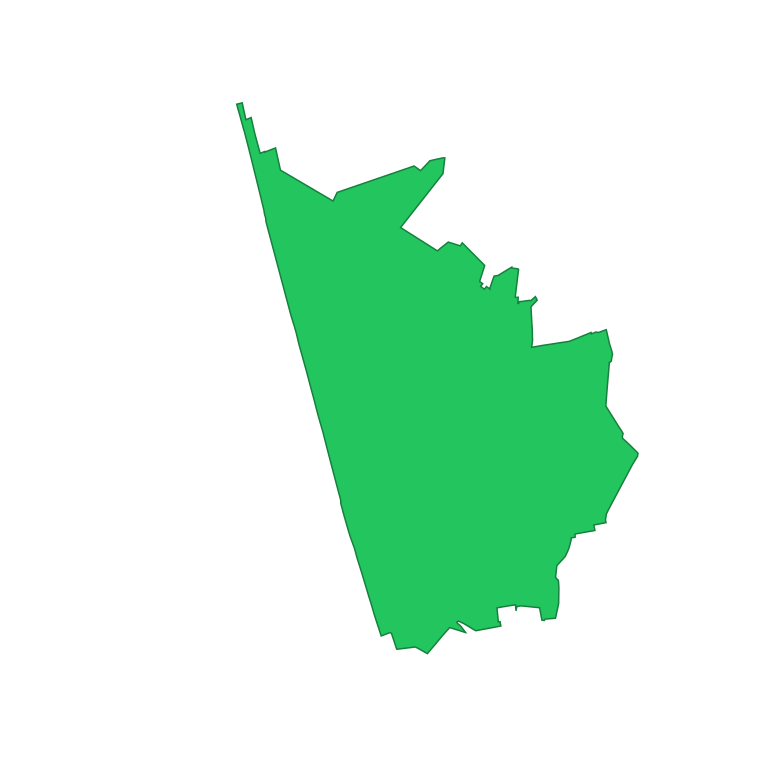 Mazatán, Chiapas, Mexico (Albers equal-area conic projection), rotated 28°
{"feature_id": "50627088B67111551527480", "entity_name": "Mazatán", "entity_type": "district", "adm_level": 2, "iso_a3": "MEX", "parent_name": "Mexico", "parent_adm1": "Chiapas", "projection": "albers", "projection_center": [-92.476, 14.878], "detail": "fine", "context": "isolated", "style": "filled", "palette": "green", "viewbox_px": 768, "rotation_deg": 28, "n_neighbors": 0, "source": "geoboundaries", "source_scale": "gbopen_adm2", "svg_char_len": 4862}
<svg xmlns="http://www.w3.org/2000/svg" viewBox="0 0 768 768"><g transform="rotate(28 384 384)"><path d="M564.7,243.1L564.2,242.6L556.0,233.1L554.7,231.7L549.2,237.8L547.2,238.5L546.7,238.6L543.6,242.4L542.6,241.3L541.5,242.7L540.4,244.0L539.8,244.8L539.1,245.6L538.3,246.6L536.8,248.3L536.4,248.9L536.0,249.3L533.5,252.4L531.5,254.7L529.9,256.6L528.8,257.9L528.7,258.0L528.5,258.3L528.2,258.6L527.9,259.0L527.5,259.4L526.8,259.9L524.0,262.0L518.2,266.3L513.4,269.9L511.5,271.3L510.6,272.0L509.7,272.6L509.2,273.0L508.8,273.3L507.9,274.0L507.4,274.3L506.5,275.0L505.7,275.6L504.3,276.7L497.1,282.3L496.9,282.3L496.9,281.8L496.1,279.4L494.8,276.0L494.4,275.2L492.4,271.8L491.4,269.9L489.0,265.7L485.8,260.6L482.7,255.4L477.5,246.8L478.9,241.7L479.9,238.2L479.6,237.9L479.0,238.0L478.6,236.9L477.3,236.3L476.7,235.8L474.3,241.8L472.9,242.0L466.7,246.6L465.9,247.0L465.0,247.6L464.1,248.1L465.1,249.6L464.3,250.0L461.8,244.4L459.2,245.9L459.3,246.3L451.0,224.8L450.1,222.4L449.0,219.6L448.2,219.5L442.2,221.6L441.9,220.9L437.1,228.9L434.4,233.5L434.6,233.9L430.6,237.0L430.9,239.7L432.5,250.1L432.8,250.4L432.7,250.4L429.0,249.9L428.7,249.8L428.2,253.1L426.5,252.9L423.5,252.4L424.1,249.1L421.3,248.7L420.3,248.6L417.3,232.1L386.8,222.6L386.5,226.2L374.1,228.5L373.3,230.3L371.6,234.3L370.9,235.9L370.0,237.9L369.2,240.1L368.6,241.4L368.2,241.4L367.4,241.3L366.6,241.2L365.7,241.2L364.9,241.1L364.0,241.0L363.2,241.0L362.3,240.9L361.5,240.9L360.6,240.8L359.8,240.7L358.9,240.6L358.1,240.6L357.2,240.5L356.4,240.4L355.7,240.4L354.7,240.3L353.8,240.3L353.0,240.2L352.1,240.1L351.3,240.0L350.4,240.0L349.6,239.9L348.7,239.9L347.9,239.8L347.0,239.7L346.2,239.7L345.3,239.6L344.5,239.6L343.6,239.5L342.8,239.4L341.9,239.3L341.1,239.3L340.2,239.2L339.4,239.1L338.5,239.1L337.6,239.0L336.8,239.0L327.3,238.2L325.2,238.1L337.3,170.6L331.6,155.8L329.9,156.6L319.7,165.3L318.1,171.3L316.1,178.5L308.2,177.4L252.7,236.8L253.1,246.4L248.9,246.2L192.2,243.8L177.4,226.5L169.9,235.2L169.6,234.7L166.3,238.4L152.6,223.8L141.6,211.1L138.0,215.5L126.8,202.3L124.2,204.7L123.4,205.4L122.6,206.1L124.8,208.5L130.2,214.1L135.0,219.2L140.5,225.0L142.3,226.8L154.4,240.0L162.4,248.9L185.0,274.1L196.6,287.2L198.9,290.3L201.4,292.8L203.7,296.2L269.9,367.4L277.4,374.8L282.6,380.2L290.2,388.8L311.2,410.9L320.7,421.2L329.6,430.7L340.6,442.7L352.3,454.8L355.7,458.5L359.7,462.9L364.9,468.6L370.6,474.8L375.0,479.6L387.3,492.9L400.3,506.9L401.9,509.7L406.7,514.9L407.9,516.3L409.2,517.6L409.8,518.2L410.2,518.6L410.6,519.0L410.7,519.3L411.1,519.6L411.5,520.0L411.9,520.4L412.3,520.8L412.8,521.3L413.1,521.6L413.7,522.3L414.6,523.2L417.1,525.8L420.5,529.3L422.1,530.9L422.2,531.1L422.9,531.7L425.9,534.7L435.3,543.2L442.6,551.0L444.5,552.8L453.1,561.3L462.7,571.0L469.8,578.2L476.2,584.5L482.9,591.4L488.4,596.8L494.8,602.9L499.8,607.8L504.6,602.3L505.9,600.7L507.7,600.7L519.4,611.9L519.8,612.2L520.0,612.1L535.3,601.4L548.9,601.7L550.0,596.6L550.0,596.4L550.3,595.2L550.5,594.2L551.8,588.5L551.8,588.2L551.9,587.9L551.9,587.7L552.0,587.3L552.1,586.6L552.2,586.3L554.1,577.3L556.4,568.2L556.5,568.2L559.4,567.6L560.0,567.5L560.6,567.4L561.2,567.3L561.9,567.2L562.7,567.0L563.4,566.9L564.2,566.7L572.0,565.3L572.7,565.1L565.1,561.6L562.0,561.0L560.2,560.3L560.4,559.1L561.4,558.3L567.4,558.1L580.7,558.8L582.0,557.9L586.3,554.4L590.6,551.0L594.9,547.6L598.9,544.4L599.1,544.2L600.8,542.8L598.0,539.3L597.4,539.8L596.6,540.4L593.5,535.6L593.4,535.5L588.9,528.7L590.5,527.3L592.1,526.1L593.7,524.8L595.4,523.6L597.0,522.3L598.6,521.1L600.2,519.9L601.9,518.6L603.5,517.4L603.8,517.3L606.7,521.8L606.8,521.8L605.8,518.1L609.3,515.5L626.4,508.5L634.3,518.4L636.5,517.6L636.7,515.9L645.4,510.3L641.3,495.9L634.2,482.0L631.0,476.8L630.6,476.3L630.3,475.9L630.1,475.4L629.8,475.3L629.4,475.2L628.9,475.2L628.2,475.1L627.7,474.7L627.2,474.4L626.4,474.4L626.0,473.6L623.2,466.5L621.9,463.3L621.9,463.2L623.2,458.3L624.4,453.6L624.4,453.4L624.9,451.5L624.9,451.3L625.0,450.7L624.7,445.2L624.5,443.4L624.3,441.8L623.6,438.6L623.2,437.0L623.0,436.1L622.8,435.3L622.7,434.6L622.3,433.7L621.8,432.5L621.6,432.1L624.7,429.5L623.2,426.9L624.3,425.8L638.0,415.1L639.0,414.3L635.5,410.0L638.2,407.8L639.5,406.8L640.3,406.1L641.0,405.5L641.7,404.9L642.4,404.4L643.2,403.8L643.9,403.2L644.9,402.3L645.1,402.2L643.3,399.9L641.4,394.3L641.2,389.5L641.2,338.8L641.5,333.5L641.8,328.7L641.7,328.6L640.8,325.9L640.0,325.6L632.8,323.4L629.5,322.4L627.7,321.9L622.3,320.5L621.3,320.3L620.4,320.0L619.1,318.6L618.9,317.8L618.4,315.5L615.0,313.4L614.2,313.0L613.1,312.4L611.1,311.3L611.0,311.2L610.8,311.2L610.7,311.1L594.6,301.8L590.2,299.3L583.5,284.0L581.4,279.1L578.2,271.6L573.1,259.7L572.8,259.3L573.3,258.9L573.3,258.4L573.5,258.0L573.9,257.5L574.0,257.2L572.5,253.1L572.3,252.1L572.1,251.6L571.9,250.7L571.7,250.2L571.0,249.7L570.3,248.6L564.7,243.1Z" fill="#22c55e" stroke="#15803d" stroke-width="1.5"/></g></svg>